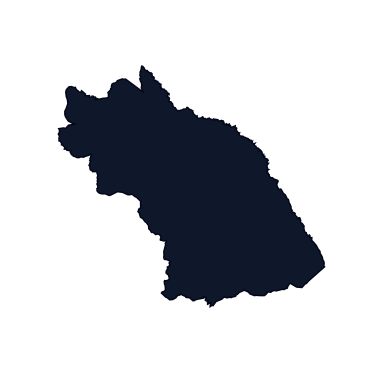 outline of Serranópolis, Goiás, Brazil, rotated 194°
{"feature_id": "56859067B10105372355636", "entity_name": "Serranópolis", "entity_type": "district", "adm_level": 2, "iso_a3": "BRA", "parent_name": "Brazil", "parent_adm1": "Goiás", "projection": "orthographic", "projection_center": [-52.171, -18.223], "detail": "fine", "context": "isolated", "style": "filled", "palette": "ink", "viewbox_px": 384, "rotation_deg": 194, "n_neighbors": 0, "source": "geoboundaries", "source_scale": "gbopen_adm2", "svg_char_len": 6045}
<svg xmlns="http://www.w3.org/2000/svg" viewBox="0 0 384 384"><g transform="rotate(194 192 192)"><path d="M271.3,301.9L271.0,297.8L271.4,295.7L270.8,294.2L270.9,293.2L270.5,292.1L269.4,290.7L270.1,289.2L268.3,286.4L267.5,285.9L266.6,283.2L266.3,280.6L264.6,278.6L264.0,277.2L283.8,285.5L284.7,285.0L287.1,284.8L291.4,281.9L291.5,281.1L292.6,279.3L294.7,278.4L295.7,277.3L295.8,274.9L295.1,273.6L295.9,272.6L295.6,271.5L297.6,268.3L296.7,266.5L296.0,263.6L297.9,262.4L301.2,261.3L304.9,259.4L306.3,259.7L307.0,258.4L308.5,258.4L307.5,259.4L308.6,260.7L310.0,260.3L310.7,261.0L312.1,260.9L312.4,259.7L314.6,259.3L314.8,260.7L317.8,259.8L319.0,260.1L319.1,261.3L323.7,263.5L323.8,262.3L324.9,261.5L328.2,263.0L329.5,263.9L330.5,265.3L331.3,264.8L334.8,265.1L335.7,264.4L336.7,264.4L338.6,261.0L338.7,258.6L337.0,254.1L335.2,251.4L333.8,247.7L334.2,242.9L334.9,239.6L334.1,236.4L332.9,234.4L329.2,230.9L322.6,229.3L327.9,227.0L330.0,223.1L332.0,223.1L336.6,221.2L335.8,220.4L335.2,218.6L335.0,217.3L335.6,216.7L335.6,215.7L334.0,214.2L334.2,212.8L333.4,209.4L332.0,209.4L330.1,207.4L330.0,206.2L329.3,206.4L326.0,204.5L326.3,202.8L324.2,203.1L323.6,202.3L319.9,202.5L319.6,200.9L318.3,199.8L318.0,199.1L316.7,199.0L316.0,198.2L314.9,198.0L314.1,198.1L311.9,197.6L310.0,198.0L308.3,199.2L305.4,199.6L304.6,200.6L300.9,202.7L299.6,204.3L298.7,204.2L299.0,199.3L298.4,198.5L298.7,197.7L297.8,197.7L298.3,192.8L297.3,192.2L296.6,189.9L295.9,188.9L294.0,188.3L293.2,187.7L289.5,188.8L288.9,188.1L288.5,186.7L287.5,186.2L287.4,182.6L286.6,181.7L286.6,179.9L285.7,177.9L286.2,176.8L284.7,174.8L284.6,172.8L285.1,172.1L284.7,171.6L284.5,170.3L283.7,169.5L281.8,168.5L279.0,168.4L276.0,169.3L271.7,168.6L270.7,168.9L264.4,174.3L259.3,174.9L253.9,173.9L252.3,174.1L250.0,175.2L248.5,174.9L246.2,173.7L244.8,173.6L239.7,170.7L238.0,164.4L239.6,162.3L239.4,161.3L239.7,159.9L238.2,159.0L235.9,155.1L235.0,154.7L233.0,154.5L232.7,153.7L230.4,151.9L228.9,151.3L226.0,148.9L225.0,145.8L222.8,144.5L222.1,143.4L221.1,143.0L220.4,143.4L219.3,143.2L217.0,141.9L215.6,142.8L213.1,142.8L211.1,140.8L211.3,138.5L211.0,137.7L207.2,137.7L205.5,138.7L204.9,137.8L205.5,135.6L204.9,134.8L204.9,127.3L203.8,123.7L203.6,121.7L202.5,120.0L200.0,120.3L196.8,119.6L196.4,118.4L197.0,117.6L195.8,115.6L196.1,114.8L197.8,113.2L197.1,111.4L197.8,109.3L197.7,107.7L197.2,106.8L194.8,105.8L193.1,102.8L193.3,101.4L193.9,100.7L195.6,99.6L197.1,99.4L197.3,98.4L196.8,97.7L196.8,96.9L195.2,94.3L194.1,90.7L194.7,89.1L196.8,87.7L197.2,86.6L192.2,83.7L190.3,83.4L187.6,82.0L184.8,83.0L183.9,83.7L182.1,85.5L181.2,87.6L180.3,88.5L178.8,89.1L178.3,90.1L177.4,90.2L176.6,89.7L173.1,89.1L172.3,88.3L168.8,88.8L164.8,86.7L163.1,87.4L162.7,88.2L160.4,89.5L155.4,91.7L155.4,93.1L154.0,92.5L153.1,93.2L152.6,91.9L153.0,90.3L151.4,89.7L149.8,90.1L150.3,89.0L149.7,86.9L148.9,87.5L148.6,88.6L147.7,88.1L146.8,88.8L146.5,87.2L146.9,86.1L146.7,85.2L145.3,86.8L144.1,86.8L142.2,91.5L137.2,95.2L135.8,97.4L135.1,97.9L132.3,97.8L130.7,98.8L128.3,99.1L127.3,100.0L125.0,101.0L124.4,101.7L124.3,102.7L123.0,104.0L122.0,105.8L117.5,109.4L113.2,108.6L111.0,107.1L106.3,106.6L104.5,107.4L102.5,107.6L102.0,108.1L101.1,107.9L96.7,109.0L94.9,111.5L94.6,112.8L93.8,113.5L91.3,113.8L89.8,115.6L88.0,116.4L86.2,116.5L81.1,119.3L78.8,119.8L78.1,120.7L76.3,121.8L76.3,123.6L75.7,124.8L75.7,125.8L74.5,127.2L67.6,125.1L62.3,125.9L59.8,130.5L58.9,130.9L57.4,133.9L45.3,151.5L46.3,152.1L46.4,154.3L47.1,156.2L48.4,157.7L49.4,158.3L49.2,159.1L50.2,160.8L53.0,163.7L53.4,165.2L54.0,165.8L56.0,167.3L58.2,169.9L60.5,171.7L63.4,173.6L64.1,173.7L64.7,176.7L65.7,176.4L66.7,176.8L66.8,177.8L67.6,178.6L68.1,177.8L70.3,178.3L71.3,180.1L73.0,180.5L74.6,183.5L75.1,186.1L77.6,188.2L78.4,188.0L79.2,188.9L79.7,189.7L79.6,190.6L81.3,193.1L82.2,192.8L82.6,191.7L83.6,192.0L84.2,193.3L85.4,193.8L87.1,195.5L86.8,196.2L88.6,196.8L89.3,196.1L90.2,196.8L90.3,198.2L92.3,200.4L92.2,201.4L94.0,203.9L95.0,204.7L96.7,208.1L97.8,208.2L100.8,211.8L103.0,212.7L105.8,215.8L106.6,216.3L108.1,215.5L110.7,217.9L111.9,220.9L111.3,221.4L111.1,223.4L111.8,224.0L115.6,224.4L117.4,225.3L119.5,224.9L121.1,226.6L121.3,227.5L122.3,227.7L122.5,228.6L123.4,228.7L123.7,230.1L124.4,230.8L123.2,232.2L124.1,232.1L124.2,233.0L125.8,235.5L124.8,238.3L125.5,238.1L126.7,239.4L125.7,241.0L126.4,241.8L127.1,242.2L129.1,242.3L129.8,242.9L130.0,244.0L130.7,243.5L131.4,245.3L131.8,244.5L134.2,248.1L135.9,249.3L136.7,248.5L136.6,249.3L138.1,250.5L139.7,250.5L140.5,250.8L141.0,251.8L142.8,252.3L143.3,253.1L142.8,254.3L143.6,253.8L144.5,253.9L145.6,254.4L145.7,255.7L146.2,255.0L147.1,256.3L147.8,255.7L148.7,256.7L149.3,256.2L150.5,257.4L152.9,257.5L153.7,257.9L154.8,257.7L156.1,258.4L156.6,257.5L157.1,258.2L158.7,258.0L160.3,259.1L160.2,260.7L161.1,260.1L161.4,261.0L162.1,260.8L163.2,262.0L164.3,263.7L164.1,264.7L166.0,265.5L166.1,266.6L169.7,264.0L170.9,265.9L172.1,265.8L172.3,266.9L173.8,265.8L174.8,266.5L175.1,265.3L176.4,266.0L178.2,266.0L177.8,267.1L178.9,268.5L180.8,268.5L180.8,267.7L181.9,267.9L183.7,267.3L184.5,267.6L184.4,268.4L186.7,268.2L187.2,267.3L188.1,268.1L188.8,268.1L189.5,266.8L190.6,267.2L191.6,267.0L193.0,267.9L194.9,266.8L195.9,265.7L197.1,266.5L198.5,266.1L199.8,267.5L201.5,265.8L203.9,264.9L204.7,265.3L205.5,267.1L206.0,266.6L206.8,266.8L209.1,267.9L210.7,270.0L210.8,270.9L213.2,271.6L214.3,271.5L216.5,272.9L217.3,272.9L218.1,270.9L220.1,270.5L221.8,268.9L222.7,268.7L223.5,268.0L226.3,267.4L228.7,269.7L230.7,269.9L232.4,273.1L233.7,273.6L234.1,274.3L236.0,274.3L236.5,275.5L236.6,277.5L237.7,278.4L238.5,278.1L239.2,279.4L238.9,280.9L237.9,280.8L238.1,281.9L240.0,282.3L241.1,283.6L243.0,284.3L243.9,285.0L247.0,284.5L246.7,285.3L247.7,285.6L247.4,286.3L248.2,286.7L247.9,287.6L248.2,289.0L249.2,288.9L249.7,289.5L250.9,289.5L252.1,291.0L252.9,290.5L254.2,291.5L255.6,291.2L256.6,292.1L256.2,293.2L256.7,294.2L257.5,294.5L258.4,294.1L259.5,297.2L260.6,297.7L261.5,297.3L263.9,298.2L264.8,299.0L266.0,298.7L267.3,299.1L268.3,300.6L270.3,302.0L271.3,301.9Z" fill="#0f172a" stroke="#020617" stroke-width="1.5"/></g></svg>